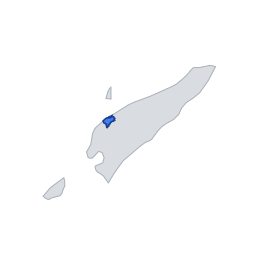 Bazartete, Liquica, East Timor shown in context, rotated 339°
{"feature_id": "22284137B77878310699205", "entity_name": "Bazartete", "entity_type": "district", "adm_level": 2, "iso_a3": "TLS", "parent_name": "East Timor", "parent_adm1": "Liquica", "projection": "mercator", "projection_center": [125.444, -8.63], "detail": "fine", "context": "in_parent", "style": "filled", "palette": "blue", "viewbox_px": 256, "rotation_deg": 339, "n_neighbors": 0, "source": "geoboundaries", "source_scale": "gbopen_adm2", "svg_char_len": 3454}
<svg xmlns="http://www.w3.org/2000/svg" viewBox="0 0 256 256"><g transform="rotate(339 128 128)"><path d="M90.0,172.2L87.8,163.8L85.4,160.2L83.6,158.1L83.0,155.6L83.1,152.9L84.2,151.7L92.0,151.4L95.1,147.1L95.1,141.9L93.5,140.2L92.0,139.4L83.9,143.3L81.6,142.6L80.2,141.2L80.7,135.5L87.3,130.1L93.0,120.4L96.9,116.5L106.2,112.9L109.9,111.8L136.8,106.5L143.2,106.1L160.2,106.3L183.0,105.1L188.7,104.4L196.0,102.0L203.0,99.1L206.8,96.8L210.7,95.1L216.6,97.2L226.5,98.8L229.2,100.2L231.7,102.1L220.1,112.4L207.5,120.8L199.7,123.4L191.6,125.1L185.4,128.4L180.2,133.5L173.6,136.4L166.1,137.4L159.7,139.0L153.9,142.0L145.8,147.2L142.5,147.7L139.1,147.6L132.4,149.5L111.6,156.9L99.0,165.2L90.0,172.2ZM24.3,161.2L34.6,155.7L50.3,151.4L49.9,154.5L48.3,159.4L45.9,161.7L42.3,165.8L40.0,166.8L30.6,165.8L29.3,166.4L27.7,166.0L25.3,163.4L24.3,161.2ZM126.7,83.8L122.5,94.9L117.9,92.5L122.8,86.3L125.1,84.5L126.7,83.8Z" fill="#d9dde1" stroke="#a8b0b8" stroke-width="1"/><path d="M117.4,110.6L117.2,110.6L116.9,110.6L116.6,110.6L116.4,110.6L116.2,110.7L116.3,110.7L116.4,110.8L116.5,110.9L116.5,111.0L116.5,111.3L116.4,111.3L116.4,111.5L116.2,111.6L116.1,111.8L116.0,111.7L115.9,111.8L115.7,111.8L115.7,111.7L115.7,111.4L115.4,111.4L115.2,111.4L114.9,111.4L114.7,111.4L114.7,111.5L114.6,111.4L114.6,111.5L114.6,111.4L114.5,111.5L114.4,111.6L114.3,111.4L114.2,111.4L114.2,111.5L113.9,111.5L113.9,111.4L113.7,111.4L113.4,111.3L113.2,111.3L113.2,111.2L113.0,111.3L113.0,111.2L112.9,111.2L112.7,111.1L112.3,111.1L112.2,111.0L111.8,111.0L111.6,111.1L111.4,111.1L111.1,111.1L110.8,111.1L110.6,111.1L110.3,111.3L110.1,111.3L109.7,111.6L109.4,111.7L109.2,111.7L109.2,111.8L108.7,111.9L108.3,112.1L108.0,112.1L107.9,112.2L107.8,112.3L107.6,112.3L107.2,112.4L107.2,112.5L107.2,112.9L107.2,113.1L107.2,113.4L107.2,113.7L107.2,113.8L107.3,114.0L107.2,114.2L107.2,114.3L107.3,114.4L107.4,114.6L107.5,114.7L107.5,114.9L107.7,115.0L107.9,115.1L108.1,115.2L108.4,115.4L108.5,115.5L108.8,115.7L108.8,115.9L108.8,116.0L108.6,115.9L108.4,115.9L108.4,116.0L108.5,116.1L108.6,116.3L108.8,116.4L108.8,116.5L108.8,116.8L109.0,117.0L109.0,117.3L109.0,117.5L108.9,117.7L108.9,117.9L108.9,118.0L108.6,118.1L108.6,118.3L108.5,118.6L108.6,119.0L108.6,119.3L108.4,119.6L108.4,119.8L108.5,119.9L108.8,119.9L108.8,120.1L109.0,120.0L109.0,119.9L109.3,119.8L109.3,119.7L109.6,119.5L109.6,119.4L109.8,119.3L110.1,119.2L110.4,119.2L110.6,119.3L110.7,119.2L110.8,119.2L111.0,118.9L111.0,118.7L110.9,118.7L111.0,118.5L111.0,118.3L111.0,118.2L111.1,117.9L111.3,117.8L111.5,117.9L111.5,118.0L111.8,118.1L112.1,117.9L112.3,117.8L112.5,117.8L112.6,117.7L112.8,117.4L113.0,117.4L113.3,117.0L113.3,116.9L113.5,116.8L113.7,116.7L113.9,116.7L114.0,116.5L114.0,116.4L114.3,116.4L114.5,116.4L114.5,116.5L114.8,116.4L115.0,116.4L115.0,116.5L115.1,116.3L115.3,116.4L115.3,116.5L115.3,116.3L115.5,116.3L115.5,116.2L115.8,116.2L116.0,116.2L116.2,116.3L116.3,116.2L116.5,116.3L116.5,116.2L116.8,116.1L117.0,115.9L117.1,116.0L117.3,116.0L117.5,116.1L117.6,115.9L117.7,115.7L117.8,115.7L118.1,115.6L118.3,115.7L118.2,115.3L118.3,115.2L118.5,114.9L118.8,114.7L119.1,114.4L118.9,114.3L118.7,114.3L118.4,114.3L118.4,114.2L118.5,114.1L118.6,113.9L118.6,113.6L118.6,113.4L118.6,113.2L118.7,112.9L118.7,112.6L118.6,112.4L118.3,112.3L118.1,112.3L118.0,112.2L117.9,112.2L117.9,111.9L117.7,111.7L117.5,111.4L117.4,111.3L117.2,111.2L117.1,110.9L117.3,110.7L117.4,110.6Z" fill="#3b82f6" stroke="#1e3a8a" stroke-width="1.5"/></g></svg>